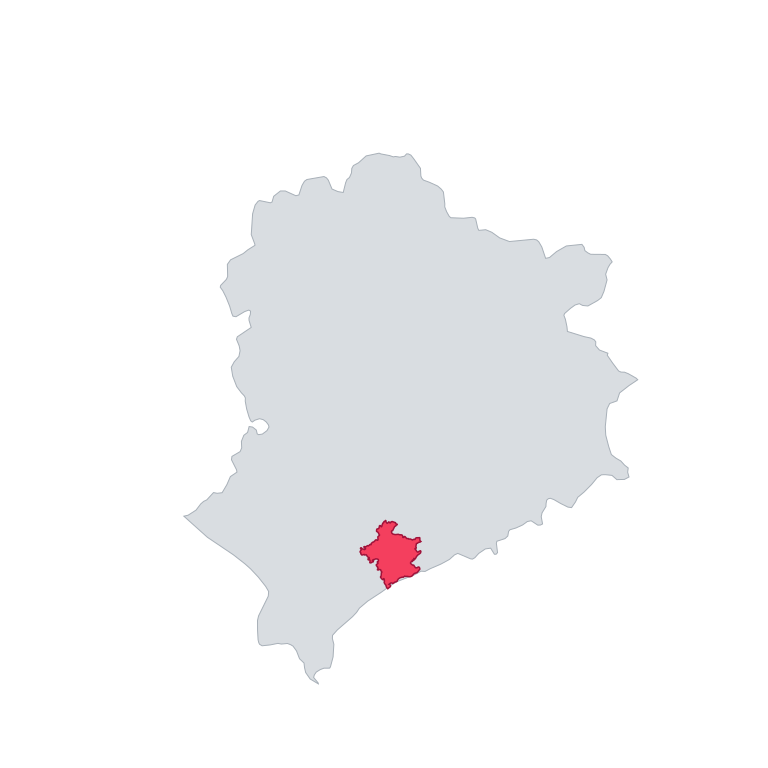 Pinsk, Brest, Belarus shown in context, rotated 323°
{"feature_id": "67162791B61405599198646", "entity_name": "Pinsk", "entity_type": "district", "adm_level": 2, "iso_a3": "BLR", "parent_name": "Belarus", "parent_adm1": "Brest", "projection": "mercator", "projection_center": [26.193, 52.204], "detail": "fine", "context": "in_parent", "style": "filled", "palette": "rose", "viewbox_px": 768, "rotation_deg": 323, "n_neighbors": 0, "source": "geoboundaries", "source_scale": "gbopen_adm2", "svg_char_len": 9797}
<svg xmlns="http://www.w3.org/2000/svg" viewBox="0 0 768 768"><g transform="rotate(323 384 384)"><path d="M589.2,533.3L579.0,532.7L566.8,532.9L559.9,537.7L552.5,535.4L547.2,538.1L535.0,551.3L530.3,558.3L525.8,569.2L523.1,577.2L524.6,582.8L526.8,588.0L527.3,593.6L528.5,598.0L525.5,601.1L523.7,605.7L518.6,604.9L512.4,600.5L511.1,594.2L506.3,589.7L503.1,587.4L497.9,587.1L489.6,589.1L478.7,590.7L470.5,591.1L466.0,593.4L459.4,595.6L456.8,593.0L453.2,585.8L450.1,578.5L448.1,575.4L446.3,574.5L444.0,574.7L441.5,577.0L439.6,579.3L432.7,582.0L429.7,584.6L426.4,591.2L424.1,590.8L421.9,589.3L419.2,581.8L415.7,580.1L409.9,580.0L402.7,578.4L396.9,576.2L394.8,576.7L391.4,579.9L387.7,580.3L379.5,577.5L377.9,578.8L373.2,587.0L371.0,587.4L369.7,586.4L370.4,579.3L365.7,576.7L357.7,576.3L352.0,577.4L349.3,577.1L347.9,575.7L341.0,563.7L337.4,562.9L330.8,563.5L321.2,562.1L310.1,559.4L304.0,558.4L300.8,555.7L294.0,554.8L275.7,549.7L268.2,548.8L257.1,548.7L240.3,547.6L229.5,548.2L224.6,549.9L218.8,550.9L198.9,552.3L191.7,553.7L189.6,556.2L187.3,561.7L179.1,571.3L171.1,577.6L169.6,578.2L165.0,574.8L161.1,573.7L156.5,573.3L153.3,574.4L151.2,576.0L151.5,583.3L151.1,584.0L147.5,575.2L147.8,567.3L149.8,562.8L152.2,558.7L151.2,552.6L153.5,544.5L153.6,538.6L152.6,536.1L150.7,533.1L145.5,529.9L143.2,527.3L136.1,523.9L129.1,519.7L128.0,517.0L128.3,515.3L129.5,512.5L134.8,504.6L140.6,496.8L144.3,493.7L163.9,483.8L167.0,480.3L167.7,474.4L167.4,462.4L166.2,451.4L164.7,443.9L160.9,429.7L150.7,400.1L144.6,369.1L148.6,370.9L158.0,371.6L165.4,369.5L169.3,369.2L172.7,369.9L182.5,368.1L185.0,370.9L189.3,373.4L198.0,369.8L205.6,365.5L213.5,365.9L214.6,363.8L216.6,352.7L219.0,350.3L228.4,351.4L231.9,349.4L235.6,344.0L241.2,340.6L245.9,340.6L250.7,336.8L253.1,339.3L254.3,343.9L252.7,347.6L253.4,349.0L256.7,350.8L262.5,350.8L266.2,349.2L267.1,347.2L267.1,343.4L266.1,339.8L263.7,336.8L259.1,335.2L255.9,335.1L255.4,333.2L256.4,329.0L259.3,321.3L262.8,314.3L264.9,311.7L265.3,309.3L264.8,305.1L264.8,297.5L267.9,286.7L272.1,278.7L277.8,276.1L284.7,274.7L289.1,270.8L291.3,266.4L293.1,259.5L295.3,258.0L312.0,258.9L314.5,252.0L315.9,250.0L319.1,248.0L321.3,245.5L320.5,243.6L316.3,242.3L306.3,241.2L304.2,238.9L304.9,236.1L307.6,228.9L310.1,219.6L311.4,212.4L311.5,208.1L313.0,206.9L321.1,205.6L323.8,204.1L330.9,194.2L336.2,192.5L350.0,195.1L356.3,194.9L364.3,195.6L365.0,194.6L367.9,184.8L381.5,169.0L388.8,163.5L393.4,162.3L395.0,162.6L402.3,170.9L404.1,171.3L408.9,167.7L417.4,167.5L421.3,170.4L426.9,180.6L429.8,181.8L438.0,176.1L442.5,174.2L445.5,174.3L460.9,182.2L462.1,184.7L462.2,187.7L459.8,197.0L463.0,202.6L466.7,206.5L474.6,200.1L477.5,198.4L480.7,198.3L485.0,195.9L488.1,192.4L491.1,191.1L496.8,192.0L507.0,191.1L519.0,196.7L520.0,198.4L526.0,205.0L528.1,208.2L530.1,209.2L533.2,212.4L537.5,214.4L540.5,213.8L541.9,214.9L543.2,217.4L543.3,221.6L542.9,233.7L538.6,240.1L538.0,242.3L538.2,244.9L541.6,250.1L546.0,258.2L547.0,262.9L547.0,266.4L541.0,276.7L539.1,279.1L537.7,284.1L537.0,289.2L537.4,291.4L547.3,299.5L554.7,303.9L556.4,306.0L556.5,307.4L552.6,316.1L552.2,318.4L558.1,322.0L561.4,327.7L564.3,336.9L569.9,345.7L590.7,358.5L592.6,360.8L593.2,363.5L592.5,369.5L588.7,380.9L592.3,382.6L601.5,382.1L612.7,383.5L626.1,391.6L626.1,395.2L624.7,398.4L625.7,401.9L627.1,404.8L638.7,413.7L639.8,416.3L640.0,420.6L639.7,423.8L636.5,424.4L632.9,425.9L627.1,429.7L624.8,435.1L615.4,442.4L609.5,445.8L604.9,445.9L593.8,444.4L589.9,440.8L588.3,437.4L584.1,435.9L578.4,435.8L570.6,436.4L569.0,437.4L567.8,441.5L564.5,448.5L562.1,452.4L572.0,466.2L576.9,471.9L578.5,475.3L578.5,477.8L576.1,480.7L576.5,486.5L581.3,494.2L579.6,495.4L579.2,504.8L579.2,514.8L580.5,517.2L583.1,519.2L585.3,522.8L588.9,531.1L589.2,533.3Z" fill="#d9dde1" stroke="#a8b0b8" stroke-width="1"/><path d="M318.7,532.0L318.6,531.6L318.6,531.4L318.5,531.0L318.6,530.6L318.8,530.1L319.1,529.7L319.3,529.4L319.5,529.2L319.8,528.7L320.0,528.2L319.8,528.0L319.6,527.8L319.0,527.5L318.5,527.2L318.0,526.7L317.2,526.3L316.8,526.2L316.5,526.2L316.1,526.3L315.4,526.8L315.1,526.8L314.9,526.6L314.7,526.3L314.4,526.0L314.0,525.9L313.4,525.8L312.9,525.7L312.7,525.4L312.2,524.4L311.9,523.9L311.8,523.7L311.6,523.5L311.1,523.2L310.7,522.9L310.4,522.7L310.4,522.3L310.3,521.9L310.0,521.7L309.4,521.4L309.1,521.0L309.1,520.6L309.0,518.8L308.9,518.5L308.8,518.3L308.5,518.1L308.2,518.2L307.9,518.3L307.6,518.4L307.2,518.3L306.8,518.0L306.8,517.6L307.4,517.0L307.5,515.6L307.4,515.2L307.0,514.9L305.6,513.6L305.1,512.8L304.8,512.5L303.4,511.7L302.3,511.0L302.1,510.8L301.7,510.3L301.2,509.7L300.7,508.9L300.6,508.4L300.5,507.8L300.7,507.4L300.8,506.9L301.0,506.6L301.2,506.3L301.6,506.0L302.0,506.0L302.3,506.2L302.7,506.3L303.3,506.0L305.4,504.9L306.0,504.6L306.5,504.4L307.0,504.3L308.1,504.4L308.5,504.2L309.0,504.1L309.5,504.3L310.0,504.2L310.1,503.9L309.8,503.5L309.5,502.8L309.4,502.2L309.5,501.8L309.7,501.6L309.2,500.9L308.8,500.3L308.0,499.1L307.7,498.7L307.1,498.5L306.4,498.4L305.9,498.7L305.7,498.7L305.4,498.7L305.2,498.6L305.2,498.3L305.1,498.1L305.1,497.7L305.0,497.3L304.8,497.0L304.5,497.0L304.1,497.1L303.7,497.2L303.1,497.2L302.7,497.1L302.6,496.7L302.6,495.9L302.7,495.3L302.8,494.9L303.2,494.4L303.2,494.2L303.0,493.9L302.5,494.0L302.2,494.1L301.8,494.1L301.5,493.9L301.2,493.9L300.9,494.0L300.6,494.3L300.4,494.4L300.1,494.5L299.8,494.5L299.4,494.4L299.1,494.4L298.4,495.1L297.8,495.3L297.6,495.5L296.8,496.2L296.2,496.5L295.9,496.3L295.8,495.6L295.9,495.0L295.6,494.6L295.2,494.6L294.9,494.6L294.4,495.1L293.9,495.6L293.4,495.9L293.0,496.1L292.6,496.1L292.2,496.1L291.2,495.6L290.7,495.7L290.5,495.9L290.3,496.1L289.7,496.7L289.4,497.2L289.5,497.6L289.7,498.1L289.9,498.5L289.9,499.3L289.9,499.7L289.8,500.2L289.7,500.5L289.5,501.3L289.6,501.8L289.3,502.1L288.1,502.2L287.3,502.3L287.0,502.5L286.2,503.7L286.1,504.0L285.4,504.8L285.1,504.9L284.7,504.8L284.5,504.7L284.2,504.0L283.9,503.7L283.7,503.6L283.2,503.5L282.6,503.7L282.1,503.8L280.6,503.9L280.2,503.8L279.7,503.5L279.3,503.5L279.0,503.6L278.1,503.6L277.8,503.7L277.6,504.0L277.2,504.4L277.0,504.5L276.8,504.5L276.3,503.8L275.9,503.7L275.1,503.9L274.4,503.9L274.1,503.9L273.6,503.2L273.2,503.1L272.6,503.1L272.2,503.2L271.6,503.0L271.3,502.8L271.0,502.6L270.5,502.0L270.1,501.9L269.9,502.0L269.8,502.5L269.9,503.0L270.0,503.5L270.2,503.8L270.2,504.2L270.0,504.5L269.4,504.6L268.8,504.5L268.6,504.3L268.3,503.6L267.7,503.0L267.5,502.6L267.4,502.2L267.4,501.7L267.4,501.3L266.9,500.9L266.6,500.9L266.3,501.1L266.2,501.5L266.2,502.0L266.4,502.3L266.2,502.6L265.9,502.8L264.6,503.2L264.1,503.4L263.8,503.8L263.8,504.4L263.8,505.1L263.3,505.6L263.3,506.9L263.3,507.1L263.7,507.4L264.1,507.7L265.1,508.0L265.5,508.1L265.6,508.4L265.7,509.0L266.1,509.2L266.8,509.5L267.0,509.7L267.1,510.1L267.0,511.0L266.9,511.4L267.1,512.8L267.1,513.1L267.2,513.4L267.4,513.6L267.6,513.7L267.6,514.0L267.5,514.3L267.2,514.4L266.8,514.3L266.5,514.1L265.9,514.1L265.7,514.4L265.6,514.8L265.7,515.1L266.2,515.4L266.7,515.7L266.7,516.1L266.6,516.5L266.4,516.9L266.1,517.2L265.7,517.6L265.3,517.9L265.2,518.3L265.4,518.6L265.8,518.9L266.4,519.1L267.3,519.1L267.6,519.2L268.1,519.5L268.6,519.4L268.8,519.1L268.9,518.6L268.6,518.3L268.6,518.0L269.5,517.8L269.9,517.9L269.9,518.1L270.1,518.4L270.7,518.4L272.0,518.6L272.5,518.9L272.9,519.4L273.6,520.1L273.8,520.8L273.3,521.6L272.9,522.0L272.3,522.1L271.9,522.0L271.5,522.1L271.4,522.6L271.5,523.3L271.0,523.7L270.6,523.7L270.3,523.6L270.0,523.6L269.4,523.7L269.1,523.7L268.8,524.1L268.6,524.5L268.6,525.0L268.9,525.8L268.8,526.2L268.5,526.4L268.5,526.9L268.5,527.5L268.2,527.8L267.8,527.9L267.3,528.0L267.0,528.5L267.3,529.0L267.9,529.2L268.4,529.3L268.8,529.6L269.3,530.0L269.5,530.6L269.2,531.1L269.1,531.7L269.2,532.1L269.1,532.9L268.5,533.0L268.0,533.5L267.0,534.7L266.0,535.7L265.4,535.8L265.1,536.0L264.9,536.4L264.9,537.4L265.0,538.6L265.0,538.9L265.3,539.5L265.7,539.6L266.1,539.6L266.5,539.3L266.8,539.8L266.7,540.2L266.0,540.7L266.0,541.1L265.9,541.5L265.7,541.8L265.2,542.1L264.7,542.6L264.5,543.3L264.4,544.0L264.4,546.1L264.2,546.5L263.9,547.1L263.7,547.8L263.7,549.2L263.8,549.8L264.7,549.7L266.7,549.7L267.4,549.5L268.0,548.8L267.9,547.9L267.9,547.3L267.5,547.0L268.2,546.8L268.8,547.0L270.0,547.1L270.7,547.9L270.7,548.4L271.1,548.7L273.1,548.7L274.0,549.0L275.2,549.4L276.1,549.3L276.9,548.7L277.9,548.4L278.8,548.3L280.1,548.4L280.9,548.7L282.3,549.2L283.1,549.9L283.9,549.9L284.9,549.9L285.2,550.4L285.8,550.9L286.9,551.7L287.6,552.5L288.3,553.2L289.4,553.9L291.2,554.2L292.2,553.9L293.3,553.7L294.2,553.6L295.4,554.0L296.8,554.5L298.9,554.1L299.5,553.9L301.1,553.5L301.3,553.3L301.8,552.2L301.8,551.4L301.5,551.0L301.1,550.7L300.1,550.7L299.6,550.6L299.3,550.2L298.8,550.0L298.6,549.4L298.6,547.7L298.7,547.2L298.7,546.8L298.7,546.5L298.3,546.3L298.1,546.0L297.8,545.8L297.6,544.8L297.4,544.3L297.4,543.9L297.3,543.3L297.4,542.9L297.9,542.6L298.2,542.5L298.7,542.4L299.1,542.4L299.6,542.5L299.9,542.8L300.3,542.5L300.2,542.0L300.6,541.8L300.9,541.8L301.2,542.3L301.3,542.6L301.5,542.7L301.8,542.7L302.2,542.5L302.3,542.3L302.6,541.5L302.8,541.5L303.0,541.4L303.2,541.7L303.3,542.1L303.4,542.4L303.6,542.4L303.9,542.4L304.5,542.1L305.1,541.9L305.5,541.6L306.3,541.3L306.7,541.2L307.2,541.1L307.5,541.1L307.9,540.9L308.2,540.9L309.1,541.0L310.6,541.0L311.5,540.9L312.3,540.3L312.7,539.9L312.8,539.5L312.7,539.1L312.2,538.9L311.9,538.9L311.5,538.7L310.1,538.7L309.7,538.5L309.5,538.0L309.5,537.6L309.5,537.0L309.5,536.1L309.6,535.7L309.8,535.2L309.7,534.9L309.5,534.7L309.5,534.3L309.8,534.1L310.0,534.1L310.2,534.3L310.4,534.5L310.7,534.5L311.1,534.3L311.3,534.0L311.5,533.6L311.6,533.1L311.7,532.8L312.5,532.2L312.8,531.9L313.0,531.8L313.4,531.3L313.8,531.0L314.1,531.0L314.9,531.3L315.3,531.3L316.1,531.3L316.5,531.4L317.1,531.7L317.5,531.9L317.9,532.0L318.7,532.0Z" fill="#f43f5e" stroke="#9f1239" stroke-width="1.5"/></g></svg>